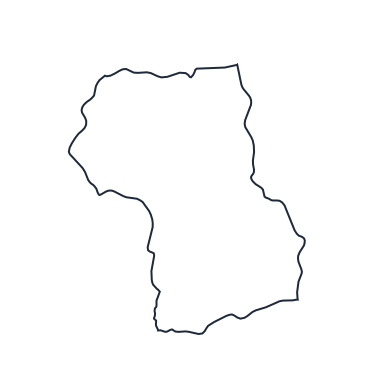 an SVG outline of Libertador General Bernardo O'Higgins, rotated 245°
{"feature_id": "CHL-2703", "entity_name": "Libertador General Bernardo O'Higgins", "entity_type": "Region", "adm_level": 1, "iso_a3": "CHL", "parent_name": "Chile", "parent_adm1": "", "projection": "orthographic", "projection_center": [-71.138, -34.463], "detail": "fine", "context": "isolated", "style": "outline", "palette": "slate", "viewbox_px": 384, "rotation_deg": 245, "n_neighbors": 0, "source": "natural_earth", "source_scale": "10m", "svg_char_len": 2495}
<svg xmlns="http://www.w3.org/2000/svg" viewBox="0 0 384 384"><g transform="rotate(245 192 192)"><path d="M334.2,162.3L332.9,163.6L331.9,167.3L332.0,172.4L332.5,177.3L332.5,181.1L331.3,184.3L324.8,189.7L322.8,193.4L319.6,201.6L317.2,204.9L311.4,209.8L308.8,212.7L306.8,218.4L305.3,231.3L302.4,236.5L299.6,238.1L297.3,238.6L296.4,239.6L297.6,242.5L299.6,245.0L301.2,246.4L301.8,248.4L290.9,274.4L288.2,286.4L288.3,286.8L268.4,282.1L265.4,281.9L263.0,282.3L254.9,284.4L252.6,284.6L250.2,284.3L247.9,283.4L246.6,282.6L245.9,282.1L234.7,270.6L231.6,268.5L228.3,267.7L216.7,268.9L212.9,268.8L207.9,267.6L201.9,265.1L194.6,260.4L190.9,258.9L186.2,257.7L183.9,256.5L182.6,255.1L181.6,253.1L181.0,252.2L180.3,251.7L178.5,251.3L176.0,251.6L172.2,253.0L166.7,256.5L164.3,257.3L157.1,255.8L155.5,256.7L153.5,258.8L152.5,259.5L151.1,260.4L150.2,261.6L148.2,265.8L147.0,267.7L144.4,269.3L140.8,270.2L113.7,268.8L109.7,269.4L107.2,270.4L106.0,271.7L104.5,273.0L102.6,273.9L100.5,273.8L97.9,272.3L96.2,270.8L91.9,264.1L89.2,261.2L87.3,260.1L83.8,259.0L76.3,258.5L73.8,258.1L72.0,257.1L65.7,250.6L56.7,244.9L50.0,242.3L49.8,242.3L50.5,240.5L51.1,237.8L55.2,228.4L56.0,225.1L56.3,210.1L57.8,199.7L57.7,196.1L56.2,189.9L55.8,186.3L56.8,182.3L59.2,179.9L62.0,178.3L64.1,176.5L64.9,174.0L65.2,170.6L64.8,157.0L63.9,150.0L62.5,147.6L60.6,144.9L59.4,141.7L60.5,138.0L66.8,129.8L68.5,127.0L70.8,121.0L72.5,118.0L75.9,115.8L76.2,113.8L76.0,111.5L76.1,109.7L76.8,108.4L79.9,105.1L80.8,102.9L80.9,103.0L85.3,102.9L86.7,103.1L87.8,103.6L89.5,104.6L90.6,105.1L91.9,104.6L92.7,104.2L93.5,104.1L95.2,105.7L96.2,106.5L97.6,107.2L100.0,107.8L102.2,109.2L103.0,111.0L103.8,111.7L108.5,113.9L115.3,120.7L118.0,119.9L119.2,119.2L124.5,117.6L126.4,117.7L129.1,118.3L137.5,121.8L149.5,130.3L151.0,131.1L152.6,131.4L154.4,130.0L155.9,128.5L157.9,127.6L160.7,128.5L176.8,141.5L180.5,143.3L184.0,144.4L189.0,145.1L192.8,145.1L203.9,143.0L206.8,141.2L209.2,139.2L214.9,130.4L217.2,128.1L225.3,121.8L227.0,120.1L227.9,118.5L228.6,116.5L228.7,114.2L228.7,113.9L228.2,108.0L228.4,106.8L229.6,106.4L231.4,106.3L235.4,106.7L238.2,106.1L240.3,105.4L241.8,104.4L243.7,103.6L246.7,103.0L255.2,103.5L259.8,103.0L278.0,97.2L280.6,97.4L284.0,100.0L286.7,103.4L290.2,108.8L292.8,113.8L294.1,118.5L295.4,121.7L297.6,124.4L301.1,126.2L304.4,126.5L310.4,125.9L312.8,126.5L315.0,128.2L316.8,130.9L318.1,134.7L318.7,138.4L319.5,141.0L320.8,144.0L328.6,149.7L330.9,152.7L332.5,155.5L334.2,162.3Z" fill="none" stroke="#1e293b" stroke-width="2"/></g></svg>